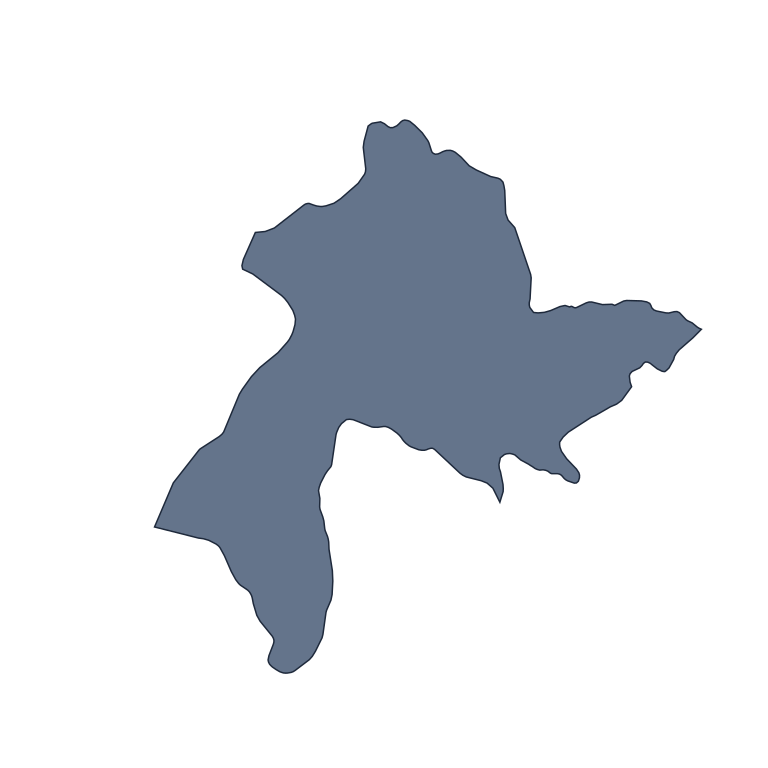 the Department of Huánuco, rotated 138°
{"feature_id": "PER-579", "entity_name": "Huánuco", "entity_type": "Department", "adm_level": 1, "iso_a3": "PER", "parent_name": "Peru", "parent_adm1": "", "projection": "albers", "projection_center": [-76.085, -9.412], "detail": "fine", "context": "isolated", "style": "filled", "palette": "slate", "viewbox_px": 768, "rotation_deg": 138, "n_neighbors": 0, "source": "natural_earth", "source_scale": "10m", "svg_char_len": 3963}
<svg xmlns="http://www.w3.org/2000/svg" viewBox="0 0 768 768"><g transform="rotate(138 384 384)"><path d="M623.9,229.1L641.7,230.6L644.0,231.0L646.0,231.8L649.3,233.9L650.8,235.2L652.1,236.6L653.1,238.3L654.0,240.0L655.3,244.1L656.3,248.3L656.5,250.5L656.5,252.4L655.9,254.6L654.8,256.5L651.3,259.1L640.3,264.7L638.5,265.9L637.2,267.3L636.3,269.2L635.8,271.3L634.8,290.6L633.3,297.2L628.1,308.2L625.0,313.3L624.1,315.2L623.5,317.3L623.1,319.6L623.2,322.0L625.3,330.5L625.5,332.9L625.1,337.8L623.0,346.7L617.5,363.2L615.5,371.7L615.3,373.4L615.4,375.0L615.9,377.5L618.8,385.1L621.7,389.8L625.0,393.7L650.2,431.3L606.7,451.5L565.7,458.7L564.1,458.8L541.6,455.2L538.1,455.1L535.3,455.6L498.3,473.2L492.7,474.9L477.6,478.2L465.3,479.3L441.9,478.2L427.7,479.8L424.4,480.5L419.5,482.3L416.5,483.8L410.4,487.7L406.3,491.5L404.4,494.9L402.5,499.7L400.9,508.9L400.6,514.0L400.9,518.3L407.9,553.6L412.2,563.9L410.4,567.0L405.1,570.7L378.2,582.7L370.2,576.8L361.1,573.3L323.7,570.6L322.0,570.3L320.2,569.4L318.9,568.4L316.6,564.1L314.9,561.3L312.6,558.6L311.2,557.3L307.9,555.2L300.2,551.8L292.3,550.7L268.9,550.4L258.0,552.9L255.8,554.1L253.6,556.1L241.1,573.7L236.4,577.7L223.2,586.3L219.6,586.0L218.3,585.7L211.1,581.1L209.5,577.1L208.8,572.6L207.8,570.3L205.9,568.6L201.7,567.3L198.8,567.3L196.2,567.5L194.0,567.3L192.0,566.3L190.1,563.9L189.1,562.0L188.1,555.7L187.5,545.0L188.6,535.5L189.2,533.3L192.6,525.8L193.2,524.0L193.0,522.3L192.1,520.4L189.8,518.8L187.4,518.0L185.0,517.4L183.0,516.6L181.2,515.7L178.3,513.2L177.0,511.1L176.0,508.4L174.9,501.0L174.7,489.2L172.2,481.3L165.9,466.8L161.6,460.7L160.6,458.4L160.5,456.7L160.5,454.4L162.2,451.1L164.8,447.0L179.5,429.3L182.1,422.8L182.2,412.7L201.7,367.3L203.6,364.4L218.5,349.5L221.7,347.2L223.2,345.5L224.4,343.4L225.0,337.1L221.9,333.7L216.8,329.9L211.1,327.1L201.4,323.8L196.9,321.2L194.5,317.1L192.9,316.5L192.2,315.4L191.8,314.0L191.0,312.7L189.8,312.0L179.5,309.0L176.9,307.8L174.8,306.0L168.5,296.8L161.2,290.7L159.9,288.0L150.4,285.3L147.8,283.7L137.1,273.5L133.8,269.2L132.6,266.1L133.1,263.8L134.0,261.5L133.9,258.5L132.7,256.0L126.9,248.2L124.9,246.2L119.9,243.5L117.8,241.8L116.7,239.3L116.5,229.7L116.1,228.0L114.1,223.2L113.1,216.6L112.5,214.5L111.5,212.3L123.7,211.6L141.6,211.9L146.2,211.2L149.5,210.2L152.3,208.4L161.5,205.2L164.9,205.1L167.0,205.3L167.7,206.0L168.8,207.4L170.8,212.4L172.4,221.5L173.4,223.8L175.1,225.5L177.4,225.7L180.0,225.1L183.1,224.9L191.2,227.3L194.2,227.0L196.3,225.8L199.9,220.7L201.8,216.3L218.3,212.8L224.5,213.4L231.1,215.6L247.6,219.1L252.1,220.6L279.2,224.9L286.4,224.7L292.3,223.3L294.1,221.4L295.5,219.3L297.2,215.1L298.3,206.2L297.9,192.0L298.6,187.6L299.7,185.4L301.5,183.5L304.6,181.7L307.2,181.7L308.9,183.0L312.3,189.1L313.0,191.1L313.3,193.1L313.2,197.4L313.8,199.5L315.0,201.2L319.1,204.9L319.6,205.5L320.0,206.4L320.6,209.7L321.6,211.7L323.2,213.8L325.9,215.8L327.2,217.8L328.2,219.9L329.1,223.7L329.7,225.5L330.2,227.6L333.2,236.0L334.2,243.8L335.4,246.0L336.9,248.1L339.6,250.1L341.7,251.0L346.9,251.3L352.4,247.3L354.8,244.1L356.2,240.8L362.8,229.7L365.5,226.3L367.5,224.3L377.0,218.6L372.8,233.7L373.7,241.4L376.5,247.1L385.1,259.9L386.5,263.5L387.2,266.8L390.1,301.0L390.5,302.7L390.9,303.7L391.9,304.7L392.9,305.3L394.6,306.1L396.4,306.7L398.3,307.7L400.2,309.4L402.2,311.9L406.0,319.3L406.7,321.3L407.4,325.4L407.5,327.8L407.4,330.2L407.0,332.5L406.9,335.5L407.2,338.9L408.6,345.5L409.8,348.9L411.2,351.3L412.6,352.6L417.6,356.0L420.5,358.7L421.8,360.2L430.8,378.1L433.1,380.8L435.7,382.7L442.1,383.0L446.7,382.0L451.6,379.7L453.5,378.5L476.9,359.1L478.8,358.1L484.1,357.3L488.4,356.2L497.3,352.8L501.3,350.6L504.0,348.6L508.2,341.9L514.1,335.7L515.4,333.7L518.4,326.2L520.3,322.5L524.8,316.2L525.8,314.5L528.0,308.5L529.2,306.1L530.8,303.6L535.5,297.9L547.3,279.8L553.9,271.8L563.4,262.3L568.0,258.9L578.0,254.3L579.9,253.1L596.9,238.8L599.9,236.8L613.7,231.3L619.5,229.6L623.9,229.1Z" fill="#64748b" stroke="#1e293b" stroke-width="1.5"/></g></svg>